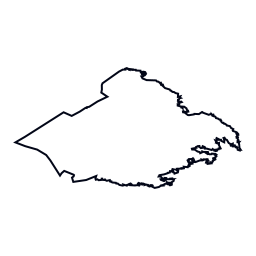 Bamble nor, Telemark, Norway (Equal Earth projection)
{"feature_id": "86288312B26401918029146", "entity_name": "Bamble nor", "entity_type": "district", "adm_level": 2, "iso_a3": "NOR", "parent_name": "Norway", "parent_adm1": "Telemark", "projection": "equal_earth", "projection_center": [9.617, 59.025], "detail": "fine", "context": "isolated", "style": "outline", "palette": "ink", "viewbox_px": 256, "rotation_deg": 0, "n_neighbors": 0, "source": "geoboundaries", "source_scale": "gbopen_adm2", "svg_char_len": 6012}
<svg xmlns="http://www.w3.org/2000/svg" viewBox="0 0 256 256"><path d="M95.8,179.7L97.4,179.3L98.7,180.2L101.6,179.9L101.7,178.7L102.1,178.7L102.1,179.5L102.9,179.9L104.6,180.0L104.6,179.5L105.1,179.5L105.3,180.1L106.8,180.8L109.8,180.1L110.0,181.4L111.3,181.4L111.3,182.0L112.5,182.5L115.9,182.8L116.2,183.5L117.7,183.5L119.4,184.9L122.6,185.6L123.8,185.3L123.5,184.6L126.8,185.6L127.0,185.1L126.3,185.0L128.8,184.8L128.7,184.2L130.6,183.5L131.5,184.3L130.9,185.2L135.6,185.5L134.1,185.4L137.5,185.2L137.7,184.5L139.1,185.6L139.5,185.3L139.2,184.2L138.2,183.3L138.7,182.9L140.5,183.8L141.0,183.4L140.7,183.2L141.8,183.4L141.6,184.1L142.1,184.6L143.1,184.5L142.5,184.1L143.3,183.6L145.3,184.4L145.1,184.9L146.8,184.4L146.2,184.7L148.1,184.9L149.0,185.9L148.6,186.1L149.4,186.5L150.2,186.3L149.6,186.0L150.8,185.8L150.7,185.1L152.0,185.1L152.6,185.5L152.1,186.6L154.7,187.9L158.9,187.0L160.7,185.8L162.6,185.6L162.1,185.2L164.4,184.7L164.4,184.2L167.1,183.0L167.1,182.6L167.6,182.7L167.4,182.4L168.0,182.6L167.4,183.2L167.9,183.8L167.4,184.1L168.1,184.4L168.8,183.9L168.6,184.3L169.3,184.4L169.2,183.9L169.8,183.7L169.6,184.1L170.2,184.6L170.1,185.2L170.6,185.2L171.8,184.7L171.8,184.0L170.2,184.2L170.8,183.4L171.6,183.8L170.6,182.7L171.8,182.6L172.1,181.8L173.5,181.1L174.0,179.4L172.7,179.6L173.5,179.1L171.4,179.1L171.7,178.5L169.7,178.7L169.4,179.2L166.3,179.2L166.5,178.7L166.1,178.2L167.2,178.1L165.7,178.0L166.4,178.8L165.9,178.9L165.8,179.8L165.3,179.5L165.2,178.4L162.9,178.7L163.3,180.3L164.8,181.0L163.8,181.0L160.8,179.8L160.6,179.3L161.6,179.2L162.1,178.1L160.5,176.3L158.6,176.5L158.8,175.9L158.3,175.8L159.2,175.8L159.6,176.2L160.1,175.6L158.8,175.3L164.0,174.4L167.8,173.2L167.8,172.8L169.8,172.5L170.0,171.2L171.0,171.4L170.8,171.1L171.9,170.8L172.5,169.1L173.8,169.4L172.9,171.1L173.2,172.3L174.2,172.5L174.5,173.6L177.9,172.4L178.2,170.7L177.1,170.5L177.0,169.6L176.5,170.1L176.0,169.7L177.2,169.4L177.0,168.8L181.4,168.6L181.4,168.1L182.3,168.1L182.2,168.6L183.9,168.3L183.7,166.7L187.6,167.2L187.7,166.7L188.6,166.6L188.9,166.0L189.6,166.0L189.7,165.4L188.5,165.3L188.9,164.3L192.6,163.6L192.5,162.8L191.7,162.5L188.5,162.3L188.0,161.2L188.7,161.4L188.9,160.5L188.3,159.6L188.8,159.1L192.0,159.0L192.9,158.3L193.1,158.6L192.1,159.1L192.0,159.7L192.5,159.7L192.4,161.1L192.9,161.1L192.4,161.9L194.2,162.0L194.4,160.9L194.9,162.0L195.4,162.1L199.9,160.4L201.9,160.4L201.6,159.5L203.6,160.0L203.9,159.3L206.6,159.7L206.6,159.2L207.6,159.2L207.9,160.1L207.3,160.6L207.9,160.9L207.3,161.0L207.3,161.7L206.3,161.8L206.0,162.7L208.2,163.3L208.0,163.8L211.0,163.4L210.7,163.1L211.2,163.1L211.2,162.3L212.2,162.3L212.8,161.5L212.7,160.8L215.4,159.4L215.2,158.6L212.3,158.6L214.8,157.7L216.0,156.7L215.3,155.4L215.8,155.4L215.4,155.0L215.8,154.7L214.8,154.5L215.1,153.9L211.9,153.6L211.6,154.2L209.6,154.3L208.4,153.7L208.4,154.0L207.1,154.2L207.6,154.0L206.7,153.4L208.2,152.9L207.9,152.0L203.2,151.9L202.2,151.4L202.0,152.4L200.2,153.2L199.8,152.1L197.5,151.5L194.8,149.6L192.1,149.5L191.9,148.7L196.4,147.8L196.1,147.0L197.9,146.1L198.4,146.4L198.4,146.1L199.4,146.0L199.5,146.9L200.8,148.1L203.5,147.7L203.1,146.6L201.8,145.8L204.8,147.1L205.3,148.3L204.8,148.2L204.8,148.6L206.7,148.6L211.7,150.0L212.7,149.0L213.4,149.8L214.4,149.8L214.4,150.4L215.1,150.2L214.9,150.8L215.4,151.1L216.9,150.8L217.2,150.1L216.9,149.5L218.6,149.3L218.6,148.6L220.1,148.6L219.9,148.0L220.4,148.0L218.6,144.4L218.6,143.3L219.0,143.4L219.0,142.9L217.7,143.3L217.0,143.2L217.0,142.6L216.0,142.6L216.4,141.3L215.7,141.0L215.5,140.6L216.5,141.0L215.8,140.4L217.2,139.8L216.4,138.7L216.6,138.1L218.8,139.2L218.8,139.8L221.0,139.8L221.2,140.8L224.2,142.3L224.3,140.2L223.5,138.0L224.5,137.7L225.5,139.4L226.9,139.9L228.7,143.0L230.3,143.9L230.8,145.7L231.5,145.7L231.3,145.1L232.6,144.8L232.3,143.8L232.8,143.6L232.8,146.4L233.5,146.4L233.8,145.4L234.8,145.3L235.5,147.0L236.5,146.8L236.5,147.5L237.2,147.5L237.7,149.8L239.9,150.5L240.1,149.5L240.6,149.6L239.3,147.5L239.4,145.4L239.9,145.3L239.3,145.2L238.8,142.7L239.1,142.3L238.7,142.4L238.6,140.7L237.9,140.7L237.9,142.1L237.5,142.1L237.6,140.5L238.1,139.7L237.5,138.5L237.8,137.9L237.0,137.6L237.6,137.6L236.6,137.7L236.5,136.9L237.7,136.8L236.7,134.3L238.3,134.7L238.3,134.1L236.7,132.3L232.9,130.9L232.7,130.4L233.3,129.1L231.1,128.0L229.9,126.1L226.8,125.5L226.6,124.9L225.0,123.8L224.1,123.8L223.5,122.8L222.5,122.9L221.5,122.0L220.9,120.8L220.3,120.9L221.1,120.5L220.7,119.8L220.2,120.1L219.9,119.5L218.6,119.2L217.9,118.5L216.0,118.1L215.4,116.7L213.5,116.1L213.8,115.9L213.4,114.7L212.5,115.1L212.0,114.6L212.1,115.1L210.6,114.0L208.8,114.8L202.1,112.4L203.0,112.3L202.1,112.0L198.9,114.1L194.3,113.9L194.0,114.4L188.9,115.2L187.8,115.0L184.6,112.5L183.1,112.3L182.8,110.5L183.3,111.3L186.3,112.1L188.3,111.6L188.0,110.6L187.0,110.1L186.5,108.4L184.2,106.7L182.5,106.6L182.6,108.1L182.1,107.5L181.3,107.5L180.9,106.5L177.7,105.6L177.7,104.8L178.4,105.0L179.3,104.1L179.0,102.9L181.7,102.1L181.2,101.6L178.7,102.2L179.1,101.6L177.9,101.0L178.0,99.8L178.8,99.8L179.3,98.4L180.7,98.0L179.7,97.4L180.3,96.3L177.9,96.9L178.1,93.7L175.6,93.1L173.9,92.0L172.4,91.9L171.2,90.7L170.5,90.7L169.7,89.5L165.1,88.1L162.1,85.3L163.1,85.3L162.9,84.7L161.1,84.9L160.4,83.3L161.2,83.3L160.9,82.7L159.9,83.0L158.5,81.7L157.0,81.5L156.0,80.4L146.6,80.1L142.5,78.4L141.4,76.4L143.4,76.2L143.4,74.8L144.9,75.2L145.4,74.6L143.9,74.0L141.9,74.2L141.7,73.6L145.7,73.0L145.2,72.1L143.5,71.7L140.7,72.1L140.5,70.7L136.0,70.5L135.8,69.8L132.6,69.9L132.8,69.4L129.4,69.0L129.6,69.9L128.8,69.7L128.4,69.0L126.6,68.8L127.6,68.5L126.8,68.1L124.4,69.0L125.4,69.1L125.4,69.6L122.8,69.6L119.0,71.6L102.5,83.3L101.8,85.1L101.9,89.6L101.3,92.6L107.4,96.7L97.5,101.5L89.2,106.8L86.9,107.2L86.7,108.0L85.6,107.8L79.8,111.6L71.7,115.9L63.6,112.3L25.0,136.8L15.4,142.4L25.3,146.2L37.2,149.6L46.2,155.0L50.4,160.5L60.0,175.6L61.6,173.2L64.2,170.9L73.6,174.7L74.0,175.1L73.6,176.4L72.0,177.6L73.3,181.9L86.2,180.0L96.2,176.0L95.4,178.6L95.8,179.7Z" fill="none" stroke="#020617" stroke-width="2"/></svg>